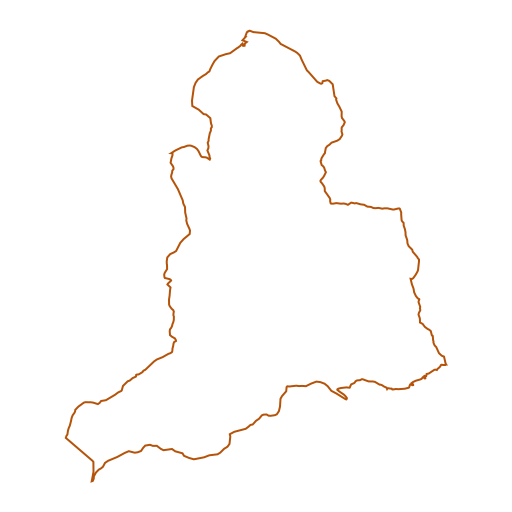 outline of Crucea, Suceava, Romania
{"feature_id": "2599482B26310091603045", "entity_name": "Crucea", "entity_type": "district", "adm_level": 2, "iso_a3": "ROU", "parent_name": "Romania", "parent_adm1": "Suceava", "projection": "albers", "projection_center": [25.599, 47.366], "detail": "fine", "context": "isolated", "style": "outline", "palette": "amber", "viewbox_px": 512, "rotation_deg": 0, "n_neighbors": 0, "source": "geoboundaries", "source_scale": "gbopen_adm2", "svg_char_len": 6029}
<svg xmlns="http://www.w3.org/2000/svg" viewBox="0 0 512 512"><path d="M446.2,364.5L445.6,363.5L444.0,356.6L441.7,355.7L439.0,353.2L436.2,347.0L434.7,345.5L433.8,343.6L433.4,342.2L433.5,341.3L433.1,340.2L432.8,336.2L432.6,335.7L432.0,335.5L431.7,334.8L430.8,331.1L429.3,329.8L427.4,328.8L424.9,326.9L422.6,323.9L420.0,322.5L419.9,318.9L419.6,317.6L418.5,314.6L419.0,312.6L420.2,310.5L420.3,309.9L419.9,308.4L420.1,307.7L420.2,306.8L418.6,302.3L418.6,301.3L419.3,299.5L419.2,299.1L418.1,298.6L417.2,297.7L415.9,296.0L414.2,292.4L413.5,288.5L411.9,284.3L410.6,278.8L411.9,279.0L413.2,278.2L415.5,275.0L417.2,272.1L418.0,270.3L419.0,261.3L419.0,259.5L417.7,258.0L417.2,256.9L412.8,251.8L412.2,249.7L408.7,246.2L407.5,243.5L407.2,240.0L405.6,235.3L405.5,232.2L404.9,229.1L403.7,225.7L403.6,222.9L402.1,221.3L401.6,220.2L401.2,214.7L401.2,212.4L399.8,208.7L399.2,208.4L398.2,208.5L394.1,209.5L392.7,209.5L387.3,208.3L384.4,208.3L382.3,208.7L378.6,207.9L375.3,208.2L374.1,208.1L373.3,208.0L370.9,206.9L367.3,206.6L364.2,204.8L360.5,204.3L356.4,203.1L354.7,203.4L351.8,202.7L351.1,202.7L347.9,204.8L345.8,203.9L343.7,203.5L340.9,203.7L336.3,203.1L333.0,203.7L331.1,203.6L330.7,203.4L330.1,201.0L330.3,199.7L329.7,198.0L324.8,191.1L324.7,188.1L324.2,186.5L322.0,183.3L320.7,181.9L320.4,180.9L320.9,179.9L323.1,177.5L324.2,175.7L325.9,172.2L325.0,170.4L324.1,167.5L322.8,165.9L321.7,165.1L320.7,161.8L320.6,161.0L321.2,160.5L321.2,159.4L321.7,157.9L324.0,154.2L324.8,153.4L325.8,148.0L327.3,146.1L329.5,144.7L331.5,142.7L337.2,140.7L339.7,139.1L342.0,135.6L342.4,134.3L341.5,131.5L341.7,130.1L341.6,128.4L341.8,127.3L343.6,125.0L344.8,122.2L344.4,121.2L342.0,118.0L341.6,116.2L341.7,111.6L339.3,106.6L337.4,103.4L336.1,99.7L336.4,98.4L334.5,96.2L332.7,84.3L329.3,80.9L327.2,80.1L325.9,80.6L322.7,81.2L322.3,83.2L321.4,83.7L320.5,83.6L317.2,81.8L308.4,71.8L306.9,70.4L301.8,60.0L299.9,55.5L297.2,52.9L295.1,51.5L280.6,43.9L279.0,41.8L275.8,38.7L267.8,34.5L264.8,33.2L253.4,32.1L249.7,30.7L248.5,31.1L248.1,31.3L248.2,31.5L246.9,32.2L245.1,37.1L245.4,37.1L242.5,40.3L246.8,42.0L244.8,43.6L244.6,45.7L243.8,45.9L242.9,45.7L242.7,44.1L242.5,43.6L240.9,45.0L240.4,45.9L239.1,46.7L238.5,47.4L237.7,47.7L230.1,53.2L225.7,54.2L218.8,56.5L214.5,61.1L212.5,64.6L210.1,69.4L209.6,71.0L209.0,71.7L207.9,72.3L206.1,74.0L202.6,76.1L197.9,79.5L195.6,82.8L193.9,87.1L192.0,100.6L192.3,106.0L198.8,109.7L203.6,114.1L206.1,114.5L210.3,118.1L211.0,123.3L211.8,125.6L211.8,127.2L210.9,128.4L210.9,130.6L209.8,133.2L208.6,139.3L208.6,140.8L207.7,142.8L208.5,146.1L208.4,148.1L207.4,150.5L209.4,155.3L209.6,157.2L210.2,158.6L209.7,159.6L206.7,157.6L205.5,157.3L202.5,157.1L201.7,156.8L201.2,156.4L200.6,155.4L198.4,150.9L196.9,148.9L194.7,147.2L191.4,145.8L189.8,145.5L187.4,145.7L183.9,147.0L181.7,147.4L175.3,150.5L171.2,153.2L172.5,153.3L172.5,155.2L171.4,158.5L170.6,162.8L173.0,166.3L173.5,167.8L173.5,169.1L172.3,170.7L172.1,172.7L171.5,174.4L171.1,176.3L171.5,178.3L177.9,189.1L182.7,200.3L183.3,203.6L185.0,207.0L185.2,212.6L186.5,218.4L186.3,220.5L187.1,223.8L189.4,228.8L190.0,230.5L189.7,234.0L183.7,239.0L180.3,242.8L176.1,251.0L173.9,252.4L170.2,254.1L167.3,257.4L166.7,261.5L166.8,264.0L167.0,264.7L167.1,269.1L164.8,272.7L164.2,274.4L164.4,277.0L164.9,278.0L169.6,279.1L170.7,279.8L171.1,280.6L167.8,283.7L167.4,284.5L170.5,287.4L170.0,290.7L169.6,295.7L169.0,299.7L169.1,304.6L169.7,306.1L171.6,308.7L173.2,310.1L173.8,311.5L173.5,313.4L173.4,315.2L173.9,316.8L173.8,319.9L173.4,321.8L172.4,324.4L172.0,326.2L171.0,328.1L170.0,329.3L169.7,331.1L170.0,335.1L171.9,336.7L174.9,338.4L175.9,340.2L176.0,341.0L174.1,342.1L173.5,343.7L173.2,345.9L172.5,348.5L172.3,351.1L171.9,352.2L170.1,353.3L168.5,353.8L162.7,357.1L156.8,359.5L154.1,361.4L145.3,369.8L144.1,370.3L142.8,371.4L142.5,372.1L138.7,374.4L136.7,374.6L136.1,375.0L136.1,376.1L135.9,376.6L132.6,378.1L129.7,380.6L127.7,381.3L123.0,385.9L121.7,390.5L121.2,391.0L118.2,392.4L115.0,394.8L105.9,400.2L101.1,401.0L99.6,402.9L97.9,404.1L93.1,402.6L90.9,402.3L85.4,402.2L83.9,402.6L78.4,406.6L75.3,409.8L75.1,411.4L74.4,412.9L72.7,415.2L71.7,417.7L71.0,421.1L69.8,425.7L68.8,427.9L68.0,430.5L67.4,434.5L66.5,435.8L65.8,437.9L92.5,460.8L93.4,461.9L93.5,471.9L91.7,481.3L92.8,480.9L93.7,478.8L93.9,476.3L95.9,472.6L98.8,469.6L101.0,468.4L103.0,466.7L105.0,462.9L108.1,460.8L117.2,457.0L124.8,452.9L128.8,451.2L134.7,452.7L137.6,452.3L141.0,451.0L143.2,447.8L145.2,445.6L150.0,444.8L152.9,445.9L156.8,445.8L160.7,448.8L163.5,450.2L172.0,449.0L175.2,451.3L182.5,453.3L184.0,455.8L188.9,457.9L193.9,459.3L204.1,457.3L209.3,455.3L217.6,454.3L220.3,452.6L224.1,448.8L227.5,446.7L229.5,443.9L230.3,436.6L229.8,434.2L234.3,431.8L245.7,428.8L248.4,426.8L250.5,424.9L252.7,424.5L256.0,420.8L259.0,418.8L261.9,415.3L263.7,414.6L266.6,414.5L268.6,415.7L270.6,415.8L274.8,415.2L276.8,414.3L278.9,411.2L280.0,406.6L280.5,398.8L282.0,396.1L286.2,391.3L286.6,387.1L287.3,386.3L289.4,386.5L296.3,385.7L299.1,386.1L302.3,385.9L305.9,386.2L310.9,383.7L316.4,381.6L320.3,382.1L324.6,383.7L327.7,386.2L331.3,390.8L336.4,393.5L345.4,399.1L346.3,399.4L346.6,399.1L346.9,398.1L345.6,396.3L343.9,394.6L338.9,391.2L337.3,389.8L337.4,389.3L338.3,388.7L340.9,388.0L346.4,387.4L349.6,387.7L350.1,386.9L350.5,385.6L351.3,384.3L353.9,383.2L354.7,382.6L355.6,381.2L357.1,380.4L359.9,380.2L361.9,379.2L362.5,379.2L368.6,381.4L373.1,381.5L375.0,381.9L379.7,384.7L380.8,384.7L382.0,385.2L384.3,386.7L386.5,387.6L387.1,389.1L387.7,388.3L388.3,388.2L390.2,388.6L391.6,388.6L392.2,389.4L392.7,389.5L393.2,389.3L393.7,389.4L395.8,389.0L398.6,389.2L404.9,388.7L408.8,387.7L409.2,387.2L409.8,385.2L410.4,384.3L412.4,385.2L413.1,385.1L413.1,384.5L411.8,382.9L412.9,382.1L415.8,380.7L420.1,379.5L421.7,378.8L422.7,377.3L423.3,377.4L424.9,378.5L425.3,378.3L425.2,377.7L424.2,376.1L424.5,375.8L426.2,376.1L426.4,375.4L426.6,374.0L428.8,373.5L434.2,369.9L435.2,369.6L436.9,370.0L437.6,368.8L438.7,368.0L440.2,366.5L440.9,365.1L441.7,364.7L443.0,365.0L445.4,365.0L445.8,364.5L446.2,364.5Z" fill="none" stroke="#b45309" stroke-width="2"/></svg>